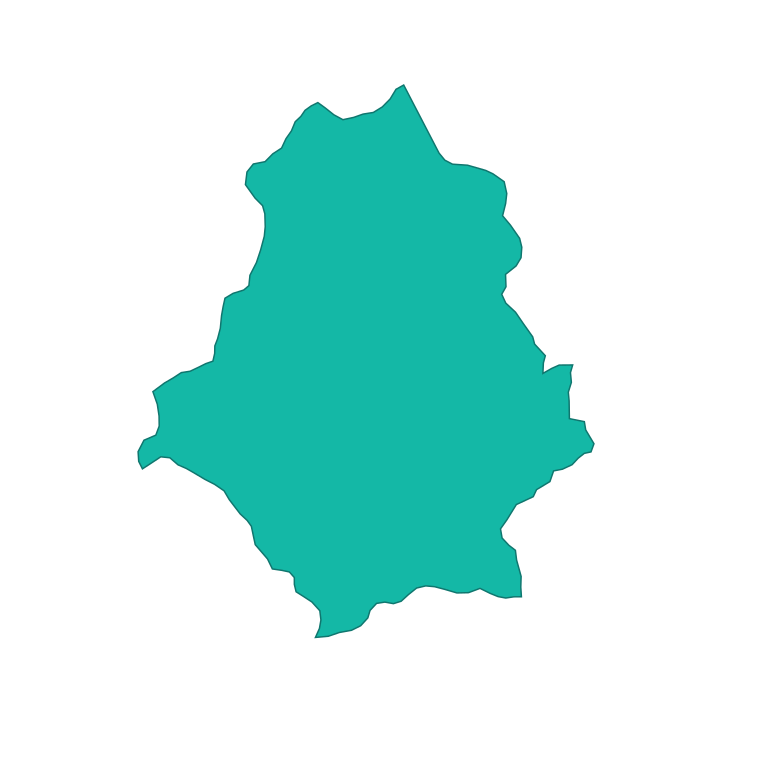 São Tomás de Aquino, Minas Gerais, Brazil, rotated 133°
{"feature_id": "56859067B74790643980501", "entity_name": "São Tomás de Aquino", "entity_type": "district", "adm_level": 2, "iso_a3": "BRA", "parent_name": "Brazil", "parent_adm1": "Minas Gerais", "projection": "orthographic", "projection_center": [-47.12, -20.781], "detail": "fine", "context": "isolated", "style": "filled", "palette": "teal", "viewbox_px": 768, "rotation_deg": 133, "n_neighbors": 0, "source": "geoboundaries", "source_scale": "gbopen_adm2", "svg_char_len": 2163}
<svg xmlns="http://www.w3.org/2000/svg" viewBox="0 0 768 768"><g transform="rotate(133 384 384)"><path d="M445.9,138.4L439.3,145.4L431.2,152.5L422.3,167.0L416.0,174.5L416.8,182.8L416.1,192.6L410.5,200.0L399.5,201.5L381.9,205.0L364.6,198.0L357.2,200.4L342.2,196.1L331.9,200.7L324.6,195.4L314.7,191.4L305.8,191.4L298.1,190.2L292.5,186.3L284.5,189.7L280.0,205.2L274.9,211.8L282.9,224.8L270.1,237.1L264.3,243.6L255.0,248.1L248.5,255.4L241.4,259.0L250.7,268.8L258.3,272.0L267.9,275.0L259.9,281.8L253.3,285.3L252.1,301.1L248.1,307.4L244.8,323.4L241.8,336.8L241.8,350.1L238.1,359.1L229.7,361.1L220.9,369.9L207.6,367.9L198.2,369.9L190.0,376.5L185.0,384.1L181.6,399.8L180.1,412.0L169.1,418.1L161.0,424.1L154.1,434.1L156.0,447.7L158.4,455.2L167.0,472.1L176.5,483.8L178.8,492.1L177.6,501.2L151.9,573.5L160.3,576.2L171.4,573.9L182.5,574.2L192.7,577.0L200.9,583.4L209.7,588.0L218.7,594.3L221.3,604.2L222.2,615.5L223.3,624.3L230.2,626.9L237.7,628.4L245.0,627.3L252.7,627.8L262.1,624.3L271.4,623.0L281.3,619.8L291.5,622.3L302.5,622.6L312.2,629.6L322.4,628.8L332.7,621.3L336.0,604.9L336.4,594.4L340.8,587.2L350.0,578.1L357.6,572.3L370.2,565.6L382.2,560.1L395.9,556.2L404.2,549.9L411.0,550.7L420.6,556.2L429.7,558.8L437.0,554.5L444.7,549.5L454.9,541.7L464.5,536.5L471.5,533.7L477.1,528.7L484.0,524.7L490.6,528.2L497.3,530.7L506.9,534.5L513.9,540.0L523.3,542.3L532.9,545.2L547.2,547.8L553.4,536.0L560.8,526.7L568.1,519.7L577.0,516.0L588.8,521.2L601.2,517.7L607.9,510.6L610.8,502.8L602.4,500.7L589.5,497.6L584.0,490.3L583.6,479.5L580.6,471.0L578.9,463.8L575.9,450.0L572.9,439.4L571.2,428.1L574.1,418.3L575.9,407.7L577.1,400.5L577.1,391.0L578.5,384.0L584.0,376.2L589.3,368.6L590.3,359.6L591.4,349.8L595.4,339.5L590.0,331.7L586.0,325.0L586.7,317.6L591.7,312.9L595.9,306.6L594.3,298.0L592.6,288.1L593.6,276.3L599.6,269.2L606.8,264.5L616.1,261.3L606.5,252.7L596.2,247.2L586.3,239.8L576.7,236.2L566.1,236.3L559.1,239.8L549.5,239.8L542.9,234.6L538.2,227.3L531.2,223.3L521.3,222.5L511.0,221.0L503.2,215.8L497.7,208.7L492.6,199.2L487.1,188.2L479.0,179.9L468.0,174.4L464.7,163.5L461.7,155.6L457.5,149.0L451.1,143.9L445.9,138.4Z" fill="#14b8a6" stroke="#0f766e" stroke-width="1.5"/></g></svg>